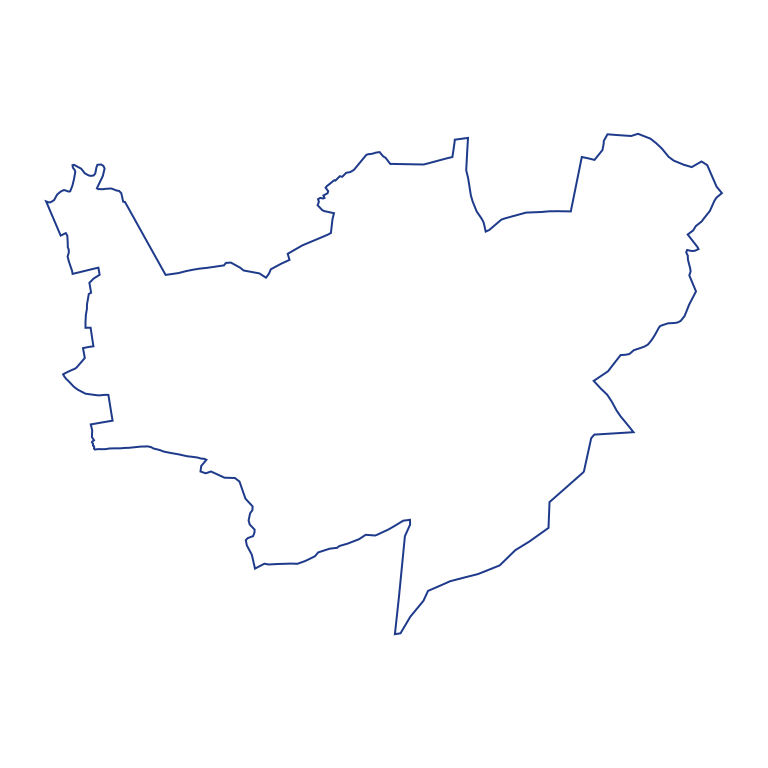 outline of Ezza South, Ebonyi, Nigeria
{"feature_id": "59680162B18578493945657", "entity_name": "Ezza South", "entity_type": "district", "adm_level": 2, "iso_a3": "NGA", "parent_name": "Nigeria", "parent_adm1": "Ebonyi", "projection": "mercator", "projection_center": [7.982, 6.114], "detail": "fine", "context": "isolated", "style": "outline", "palette": "blue", "viewbox_px": 768, "rotation_deg": 0, "n_neighbors": 0, "source": "geoboundaries", "source_scale": "gbopen_adm2", "svg_char_len": 4294}
<svg xmlns="http://www.w3.org/2000/svg" viewBox="0 0 768 768"><path d="M468.0,137.9L454.8,139.7L454.5,142.6L453.6,149.0L452.4,157.0L445.8,158.6L428.7,163.2L423.7,164.5L391.1,163.9L390.4,164.0L389.3,162.7L385.6,157.8L383.2,156.4L379.6,152.1L375.5,152.7L373.9,153.3L371.9,153.8L369.8,154.1L368.6,154.1L366.4,154.8L353.9,169.9L350.2,172.1L346.2,172.8L344.7,174.3L342.2,176.8L339.8,176.2L335.4,180.6L334.3,180.2L327.0,186.0L325.6,187.7L328.2,191.2L327.8,192.4L327.5,193.3L323.4,195.5L324.5,197.9L323.1,198.5L320.2,197.9L318.0,199.2L318.9,201.8L317.6,205.2L322.0,209.9L323.8,211.0L334.0,213.2L332.5,219.1L330.9,233.0L327.5,234.8L302.3,245.4L287.7,253.8L289.5,259.9L281.0,263.8L270.8,269.3L268.9,273.8L266.0,277.7L259.4,273.4L243.7,270.5L240.0,267.6L230.9,262.6L226.0,262.9L223.9,265.4L207.4,267.8L199.1,268.7L193.1,269.7L185.7,271.2L178.4,273.1L165.6,274.9L149.7,246.4L125.0,202.0L123.2,201.7L122.3,197.8L121.3,193.2L119.0,190.9L116.5,190.5L113.7,189.4L111.3,188.5L109.1,188.6L105.8,188.8L103.1,189.2L98.2,189.1L96.9,188.3L102.8,176.0L104.6,168.5L103.3,165.8L101.1,164.5L97.4,164.8L96.3,167.8L95.9,170.4L95.2,173.6L93.6,175.5L90.6,175.9L88.6,175.4L84.8,173.3L81.2,168.7L74.0,164.8L72.5,165.2L72.9,167.7L74.7,170.0L75.3,171.8L73.9,179.6L72.4,185.7L70.2,191.3L68.7,191.6L65.3,190.4L63.9,190.0L60.5,191.7L57.1,194.6L54.1,200.1L50.5,202.3L48.6,202.3L46.1,201.4L60.7,235.6L65.8,233.1L67.3,235.7L67.7,242.0L67.8,247.3L68.7,249.5L68.8,252.6L67.6,256.6L69.0,261.9L72.1,271.0L72.6,273.9L94.7,268.5L98.4,267.7L99.6,274.8L93.7,278.5L89.4,282.8L91.1,292.7L88.8,294.0L87.0,304.3L86.9,308.9L85.9,314.8L85.5,321.7L85.5,327.8L90.6,327.7L93.4,346.3L88.5,347.0L83.0,348.1L84.8,358.0L76.5,367.6L74.8,368.8L72.3,369.8L67.1,372.2L63.1,374.3L64.3,376.5L66.3,379.0L68.0,380.6L73.8,386.7L77.8,389.7L85.5,393.7L97.4,395.3L100.3,395.3L104.0,394.9L108.4,394.9L110.8,409.9L111.9,416.6L112.6,420.7L110.5,421.0L90.8,424.4L92.2,430.4L91.9,437.0L94.0,440.3L92.2,441.6L91.9,442.2L93.1,444.0L93.0,445.6L93.7,445.9L94.2,447.0L94.0,448.5L94.8,449.5L98.5,449.1L102.3,449.2L105.7,449.1L109.2,448.5L115.4,448.3L120.4,448.3L125.3,447.9L127.8,447.9L132.1,447.5L135.8,447.1L141.8,446.5L145.7,446.5L147.1,446.3L151.0,447.1L153.5,448.5L159.7,450.0L163.8,451.6L169.9,452.8L174.3,453.6L178.4,454.3L187.4,456.3L191.4,456.7L197.3,457.5L199.5,458.1L201.2,458.6L204.3,458.8L206.4,459.8L201.2,466.0L200.5,471.5L205.7,473.3L211.0,471.5L224.5,477.7L234.9,478.0L239.5,481.6L245.4,498.6L252.6,506.4L252.4,510.2L250.1,513.3L248.6,520.4L249.7,524.5L254.6,529.6L254.5,532.5L253.1,536.1L247.8,538.1L245.8,540.1L246.8,545.3L251.8,554.7L255.0,568.6L264.4,563.7L268.5,564.5L277.7,564.0L290.9,563.6L297.4,563.8L305.0,561.1L314.9,556.3L318.2,552.4L329.6,548.7L337.1,547.8L339.4,546.0L347.7,543.6L359.0,539.2L365.7,534.8L375.1,535.5L377.0,534.8L388.2,529.6L394.5,526.0L403.2,520.7L410.0,519.8L410.1,524.6L404.9,536.2L403.4,551.6L399.0,596.4L394.9,634.2L400.5,633.3L410.4,616.6L423.5,600.7L428.0,590.9L439.8,585.8L450.2,581.2L464.0,577.6L477.9,574.1L499.7,565.4L515.4,550.1L527.3,542.8L529.4,541.5L548.5,527.9L549.5,502.8L549.5,502.1L583.0,472.6L583.9,471.5L591.2,438.2L594.3,434.6L633.5,432.2L626.1,423.0L620.7,416.5L616.7,410.7L611.7,401.5L607.2,394.7L600.8,388.6L593.7,380.9L608.0,371.3L611.6,366.6L620.6,355.1L626.0,354.7L629.4,354.0L633.8,350.2L637.1,349.1L642.2,347.4L644.6,346.5L648.0,344.5L651.8,339.8L655.0,334.8L658.8,327.8L660.1,326.1L662.0,325.3L668.1,323.3L674.3,323.0L677.6,322.5L680.7,320.9L684.6,316.0L689.2,304.5L696.0,291.4L689.3,275.4L690.6,271.5L690.3,268.8L687.9,259.6L687.8,255.6L686.2,252.5L687.1,250.0L691.7,251.0L694.8,250.8L698.5,249.1L697.6,247.2L694.7,243.5L687.7,234.5L693.1,230.5L695.9,226.0L701.7,221.4L703.7,218.7L709.9,210.9L714.3,201.0L716.4,197.7L721.9,193.1L716.6,186.7L707.2,165.1L701.5,161.5L691.7,167.1L685.1,165.1L684.9,165.2L673.9,160.7L668.7,156.9L661.9,148.6L656.3,143.3L650.5,138.7L638.0,133.8L635.2,134.7L631.2,136.0L617.9,135.1L607.5,134.3L603.8,140.9L603.7,143.5L602.5,150.0L594.5,159.9L588.1,158.3L581.8,157.0L570.8,211.4L557.8,211.2L549.3,211.3L541.3,212.0L526.0,212.6L505.9,218.1L501.4,219.6L489.2,230.0L485.7,231.6L484.5,226.2L483.7,222.7L482.7,220.6L481.2,218.0L479.1,215.0L476.7,211.5L472.6,201.4L470.9,195.6L468.1,178.0L466.2,170.3L467.1,153.4L468.0,137.9Z" fill="none" stroke="#1e3a8a" stroke-width="2"/></svg>